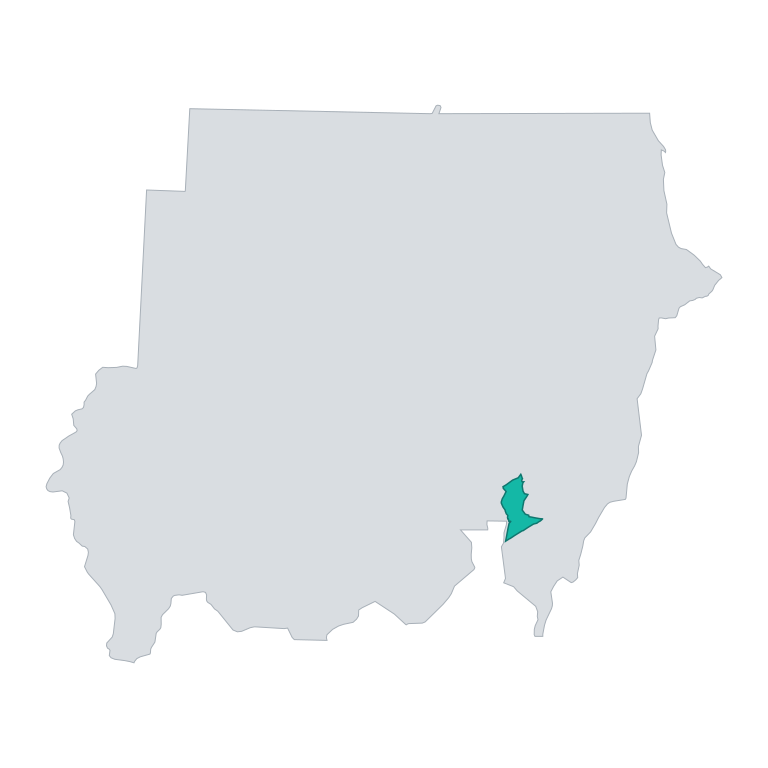 location of Ad Dali, Sennar, Sudan
{"feature_id": "16777658B21682317034415", "entity_name": "Ad Dali", "entity_type": "district", "adm_level": 2, "iso_a3": "SDN", "parent_name": "Sudan", "parent_adm1": "Sennar", "projection": "orthographic", "projection_center": [33.523, 12.54], "detail": "fine", "context": "in_parent", "style": "filled", "palette": "teal", "viewbox_px": 768, "rotation_deg": 0, "n_neighbors": 0, "source": "geoboundaries", "source_scale": "gbopen_adm2", "svg_char_len": 5003}
<svg xmlns="http://www.w3.org/2000/svg" viewBox="0 0 768 768"><path d="M542.8,636.4L535.0,636.4L534.2,634.6L534.3,629.5L535.2,625.7L538.0,619.7L537.3,616.4L537.7,611.7L535.7,606.3L517.2,590.9L513.6,586.7L503.7,582.8L505.5,578.4L501.4,546.8L503.5,543.1L504.0,537.6L504.0,532.8L506.4,524.7L506.6,521.2L487.1,520.9L486.9,524.5L487.8,528.3L487.7,529.9L460.5,529.9L471.4,542.3L471.8,547.8L471.2,554.5L471.3,558.9L471.9,561.7L474.8,567.3L474.6,568.3L473.9,569.6L454.5,586.1L451.3,593.7L448.7,597.7L443.0,604.4L425.2,621.9L422.3,623.1L408.8,623.6L407.5,624.0L406.4,624.8L405.8,624.6L394.4,614.1L375.1,601.4L362.2,607.7L358.7,610.0L358.5,616.0L356.6,619.1L353.1,622.3L343.6,624.3L338.6,626.0L332.7,629.3L326.9,634.8L326.4,637.7L327.0,640.4L294.3,639.6L292.2,637.5L287.6,628.1L284.2,628.6L254.5,626.8L250.2,627.7L241.7,631.3L237.4,631.8L233.0,630.0L217.8,611.2L214.5,608.9L211.0,604.4L207.8,602.4L206.7,600.9L206.4,599.0L206.6,594.9L205.5,592.4L203.1,591.7L182.1,595.3L179.1,594.8L174.7,595.4L173.2,596.1L171.3,598.5L170.9,603.5L170.3,606.0L168.6,608.7L162.5,614.7L161.1,617.4L161.2,624.3L160.8,627.7L159.8,629.3L157.1,631.9L156.2,633.3L154.9,642.1L151.5,647.3L150.7,649.1L150.4,653.0L149.9,654.1L140.3,656.8L136.8,658.6L134.5,661.5L134.0,662.8L129.9,661.6L124.8,660.6L114.9,659.3L111.1,657.8L109.3,655.6L110.0,650.3L109.1,649.1L107.5,648.1L106.5,645.8L106.8,643.0L112.2,637.1L113.3,633.8L115.1,618.5L114.9,613.7L111.0,604.9L102.0,589.6L99.9,586.6L88.5,573.9L87.2,572.0L84.5,566.7L88.0,555.4L88.4,552.3L87.7,549.0L84.8,546.5L82.2,546.1L78.8,542.9L76.6,541.4L74.7,538.6L73.4,534.8L74.9,521.5L74.3,519.7L71.4,519.1L70.7,518.1L70.9,515.5L69.6,507.8L68.1,501.4L69.2,498.0L66.9,493.1L62.2,490.8L52.9,492.0L50.0,491.6L48.0,490.6L46.7,488.8L46.1,486.7L46.9,483.7L49.8,478.1L53.3,473.5L60.2,469.6L62.0,467.4L63.2,464.9L63.5,462.0L63.2,459.0L62.5,456.2L60.7,452.4L59.1,448.0L59.2,445.1L60.2,443.0L62.1,440.6L69.0,435.9L75.9,432.1L77.1,430.7L76.8,428.9L73.8,425.4L73.2,418.8L71.7,414.2L75.3,410.9L77.9,409.8L81.9,408.9L83.5,407.5L84.1,404.7L84.1,402.1L85.6,400.2L87.7,396.1L89.4,394.3L94.8,389.6L96.1,386.4L96.6,383.4L95.6,374.1L98.8,370.3L102.7,367.3L108.2,367.7L116.7,367.4L122.6,366.2L126.7,366.4L136.1,368.5L137.1,367.8L137.7,365.4L146.6,190.0L184.8,191.4L185.3,191.1L189.8,108.7L430.2,113.7L432.2,113.4L436.1,105.8L437.7,105.2L440.2,105.7L441.0,107.5L438.9,113.7L649.6,113.2L650.3,122.6L652.2,130.1L658.4,140.8L663.6,146.5L665.5,149.7L665.7,151.2L665.5,152.5L663.9,151.0L661.3,149.9L661.1,155.0L662.5,165.3L664.8,172.5L663.4,179.3L663.9,190.6L666.9,204.2L666.6,212.9L671.5,233.2L676.0,244.4L678.5,247.2L681.2,248.6L686.4,249.5L694.1,255.1L700.3,261.1L702.5,264.3L705.5,267.7L707.5,267.0L708.7,266.1L710.7,268.9L720.4,274.8L721.9,277.6L718.6,280.4L714.7,285.3L712.9,289.7L711.9,291.2L708.8,294.0L708.3,295.3L706.9,296.2L705.4,296.3L702.2,297.9L699.2,297.5L696.3,298.3L695.2,299.4L692.8,300.4L689.7,300.9L684.7,304.8L680.4,306.7L679.0,308.2L676.8,315.7L675.2,317.7L668.7,318.0L665.6,318.7L661.3,317.9L659.2,318.0L658.6,319.6L658.0,326.1L658.1,328.8L654.6,336.2L655.9,349.9L652.5,360.2L652.1,362.6L648.6,370.7L646.9,373.8L642.5,389.1L640.8,393.8L637.1,398.7L641.5,435.3L638.4,446.5L638.6,452.6L636.4,461.7L634.6,465.9L631.7,471.0L629.3,476.6L627.3,484.1L626.0,498.1L625.3,499.4L613.6,501.3L609.9,502.3L607.5,503.9L604.5,507.5L598.6,517.5L595.5,523.6L590.6,531.9L584.9,537.8L583.7,540.7L582.8,546.0L580.7,554.4L578.8,560.4L579.2,565.2L577.4,573.6L577.7,577.6L575.7,579.9L573.0,582.1L571.2,582.6L562.9,577.1L557.2,580.9L553.6,586.4L550.8,591.8L552.5,603.4L552.3,605.9L551.5,608.7L546.1,620.0L544.5,625.2L542.8,634.2L542.8,636.4Z" fill="#d9dde1" stroke="#a8b0b8" stroke-width="1"/><path d="M527.9,494.5L524.5,493.7L523.0,491.1L522.2,486.1L522.9,482.8L523.7,481.8L522.7,481.8L522.2,481.7L521.9,481.5L521.8,480.9L521.7,480.3L522.2,479.1L522.5,478.7L522.3,478.3L522.0,477.6L521.3,475.4L521.1,475.0L520.9,474.5L520.8,474.3L518.2,477.8L512.6,480.1L506.5,484.6L505.2,485.4L503.0,486.7L503.3,487.8L503.2,488.0L503.3,488.3L503.4,488.5L506.1,491.5L503.9,496.0L502.3,498.7L501.3,501.9L501.3,503.1L503.0,507.0L504.6,509.3L505.0,509.8L505.4,511.5L505.7,512.1L506.3,513.8L507.8,515.4L507.5,517.5L507.8,518.9L508.3,518.9L508.8,521.0L508.9,521.4L509.0,521.4L510.6,521.3L510.7,521.5L510.4,521.9L510.2,522.2L510.0,522.4L509.7,522.6L509.5,522.8L509.3,523.1L509.1,523.3L509.0,523.8L508.7,525.2L508.2,527.6L507.9,529.0L507.6,530.6L506.8,535.0L505.6,541.2L505.9,541.0L508.3,539.5L509.2,538.9L510.3,538.4L513.0,536.6L514.3,535.7L522.0,530.9L522.8,530.7L523.2,530.6L528.0,527.4L528.8,526.9L533.6,524.0L536.9,523.2L537.0,523.0L538.9,521.7L540.1,521.1L540.5,520.8L541.8,519.7L542.0,519.4L542.3,519.2L542.5,519.0L542.5,518.9L542.0,518.8L541.8,518.8L540.3,518.7L539.7,518.6L538.7,518.5L538.4,518.4L535.4,517.9L532.0,517.2L529.0,516.7L528.7,515.2L525.3,514.2L523.4,511.6L522.2,510.0L522.3,509.8L523.0,505.6L523.7,502.0L523.8,501.4L523.8,501.0L524.3,500.2L525.9,497.8L527.2,495.8L527.9,494.5Z" fill="#14b8a6" stroke="#0f766e" stroke-width="1.5"/></svg>